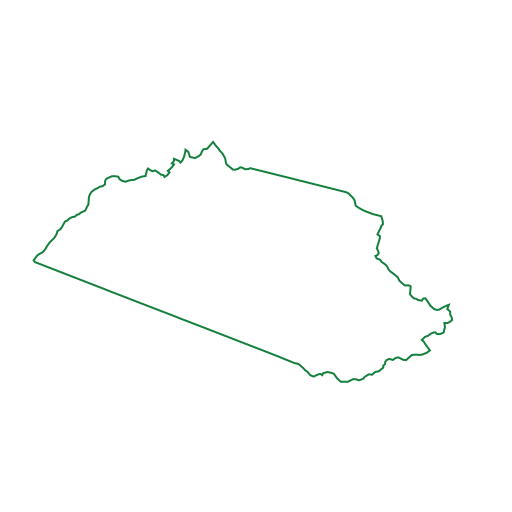 Piraquê, Tocantins, Brazil (orthographic projection), rotated 111°
{"feature_id": "56859067B33098244249330", "entity_name": "Piraquê", "entity_type": "district", "adm_level": 2, "iso_a3": "BRA", "parent_name": "Brazil", "parent_adm1": "Tocantins", "projection": "orthographic", "projection_center": [-48.258, -6.735], "detail": "fine", "context": "isolated", "style": "outline", "palette": "green", "viewbox_px": 512, "rotation_deg": 111, "n_neighbors": 0, "source": "geoboundaries", "source_scale": "gbopen_adm2", "svg_char_len": 3324}
<svg xmlns="http://www.w3.org/2000/svg" viewBox="0 0 512 512"><g transform="rotate(111 256 256)"><path d="M303.9,450.3L306.7,450.0L310.0,450.5L312.0,451.1L314.6,452.3L317.4,453.5L320.0,454.2L322.5,454.8L324.9,455.1L326.8,455.7L328.9,456.5L330.9,458.2L333.4,460.2L336.7,461.2L339.7,462.0L340.9,460.3L341.2,386.4L341.3,379.6L341.3,377.2L341.3,375.1L341.3,370.5L341.4,329.0L341.4,308.8L341.5,303.7L341.5,296.5L341.5,292.5L341.5,283.4L341.7,231.1L341.7,227.1L341.7,222.4L341.7,217.8L341.8,200.9L342.2,181.4L341.7,179.0L341.8,176.8L343.8,171.5L345.0,169.2L345.9,165.9L347.8,162.8L347.9,159.0L345.7,156.9L344.1,155.3L343.0,153.5L343.5,151.5L341.3,151.3L338.6,147.5L338.2,144.1L338.0,141.3L339.4,139.1L341.1,136.5L342.2,133.8L343.0,131.6L341.4,127.7L340.7,125.4L338.8,123.7L336.0,121.0L335.2,118.1L335.2,115.3L332.0,111.8L330.1,111.3L326.0,108.3L325.3,105.2L321.5,103.1L319.6,100.0L317.1,98.7L314.6,97.2L312.7,97.9L310.8,96.8L308.5,97.4L306.2,96.7L304.3,94.7L304.0,90.9L301.2,89.2L299.6,86.6L300.2,81.2L299.3,78.5L292.6,75.1L290.8,71.4L289.8,67.9L288.3,65.3L285.0,61.8L281.8,59.8L278.0,65.8L275.9,68.6L274.9,71.1L271.0,69.3L268.7,66.7L265.9,65.0L263.8,62.9L263.0,61.0L264.0,59.1L262.9,56.2L260.2,53.4L257.5,53.8L254.7,54.1L251.1,56.1L250.0,53.4L248.5,51.7L245.4,50.0L243.2,51.3L241.0,53.8L238.3,54.8L237.0,58.4L232.5,58.5L234.1,60.3L237.2,63.3L240.3,65.6L241.5,67.7L241.7,70.8L240.8,73.1L239.9,75.4L238.3,77.6L236.8,79.8L234.8,82.6L235.7,84.6L238.3,85.2L239.0,88.7L238.6,91.2L239.0,93.5L237.9,96.2L236.4,98.6L232.2,99.7L228.8,100.8L228.7,103.0L230.1,106.3L229.2,109.5L227.6,113.4L225.1,115.9L224.3,118.2L223.1,121.9L222.2,125.4L221.0,127.5L219.5,129.0L218.1,130.9L217.2,133.7L216.5,136.7L215.0,138.8L215.0,142.5L213.2,144.5L211.5,142.9L209.3,142.5L207.3,144.0L205.6,145.9L201.9,146.3L198.1,146.5L194.9,146.8L193.0,147.5L192.4,150.3L189.5,150.1L185.5,149.7L182.8,149.7L180.7,148.9L177.9,150.3L176.0,151.7L174.0,153.3L174.5,158.1L174.9,160.9L175.0,163.9L175.0,168.5L175.0,171.0L174.7,173.9L174.1,177.8L173.3,181.0L171.2,182.2L168.2,184.4L166.6,187.1L164.4,192.1L164.1,194.4L169.4,238.4L169.7,240.6L170.1,243.8L171.3,254.1L176.1,292.9L177.6,294.4L178.9,297.2L178.5,300.1L178.8,302.4L181.1,304.0L183.1,306.7L183.6,308.8L182.8,310.8L181.6,314.5L181.0,316.4L179.2,317.8L176.1,319.7L174.3,321.6L172.1,324.5L170.6,327.7L169.1,329.7L168.0,331.9L167.1,333.6L164.9,336.9L173.4,340.1L175.3,343.4L178.5,344.0L180.8,343.9L182.9,345.0L186.4,348.0L187.2,353.1L183.0,356.6L182.1,359.9L184.2,359.3L189.6,358.7L193.4,359.0L195.9,360.0L194.9,361.7L194.6,367.3L196.6,366.7L199.7,367.7L199.9,365.4L202.9,366.2L205.8,367.5L208.1,368.8L208.9,366.7L212.2,367.7L215.0,369.7L213.6,371.5L214.1,373.7L213.0,377.5L212.3,380.9L214.0,383.1L213.7,385.7L213.0,388.1L215.1,388.6L217.7,388.2L221.0,387.8L222.7,390.9L224.6,393.1L226.5,395.1L228.7,397.1L229.4,399.0L231.0,401.6L233.5,404.6L233.8,408.2L233.2,410.8L231.3,413.0L232.1,416.5L233.3,419.3L236.1,422.0L237.6,423.5L240.4,423.7L243.2,422.6L245.7,424.2L247.2,426.5L249.5,428.3L251.4,430.2L253.1,431.4L255.5,432.7L258.3,433.2L261.3,433.0L265.0,431.8L268.2,430.9L270.5,431.4L273.1,431.5L275.2,431.9L276.6,433.5L278.3,435.1L280.1,436.0L281.9,438.1L284.3,439.3L285.5,441.5L288.0,443.7L290.5,444.9L292.2,446.6L295.5,447.2L298.4,447.5L301.2,448.2L303.9,450.3Z" fill="none" stroke="#15803d" stroke-width="2"/></g></svg>